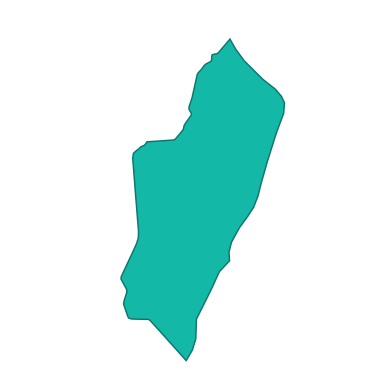 the border of Ghat, rotated 26°
{"feature_id": "LBY-2968", "entity_name": "Ghat", "entity_type": "Municipality", "adm_level": 1, "iso_a3": "LBY", "parent_name": "Libya", "parent_adm1": "", "projection": "equal_earth", "projection_center": [10.299, 26.072], "detail": "fine", "context": "isolated", "style": "filled", "palette": "teal", "viewbox_px": 384, "rotation_deg": 26, "n_neighbors": 0, "source": "natural_earth", "source_scale": "10m", "svg_char_len": 1214}
<svg xmlns="http://www.w3.org/2000/svg" viewBox="0 0 384 384"><g transform="rotate(26 192 192)"><path d="M190.5,333.0L189.3,332.4L180.6,323.8L179.4,322.2L178.6,319.1L177.4,310.8L176.2,308.4L166.3,301.3L165.5,299.0L165.3,286.7L165.1,274.1L164.8,262.5L163.9,256.9L161.4,251.2L151.3,234.1L143.2,220.4L133.2,203.4L124.0,187.8L122.4,182.9L124.1,178.7L125.0,177.3L126.2,173.8L128.5,171.2L129.0,169.9L129.3,168.4L129.4,166.7L152.7,153.3L153.9,151.5L156.7,140.2L156.5,138.4L155.8,135.9L156.0,132.9L157.6,123.5L157.4,122.2L156.3,121.2L153.4,119.2L152.7,118.4L152.0,116.7L150.8,107.5L145.2,84.1L145.3,82.6L145.6,81.2L146.7,77.8L147.6,72.6L148.5,70.7L151.3,67.0L151.9,65.4L151.2,63.5L150.3,61.6L150.0,59.7L151.7,58.3L153.5,57.1L154.6,55.4L159.1,37.9L159.3,38.1L168.7,44.5L181.4,51.2L194.0,55.5L206.7,59.8L222.0,63.1L230.4,66.8L236.1,71.4L239.9,81.1L241.9,101.6L243.7,113.8L246.4,131.8L250.5,154.8L253.0,166.2L254.1,178.6L252.7,189.8L250.3,203.0L249.5,219.9L251.6,229.8L255.9,237.4L251.5,251.7L252.0,269.2L251.9,287.6L251.7,304.3L259.8,322.3L261.6,333.9L260.7,346.1L239.6,337.5L223.8,331.1L211.1,326.0L209.7,325.6L208.2,325.8L200.9,329.2L193.2,332.7L190.5,333.0Z" fill="#14b8a6" stroke="#0f766e" stroke-width="1.5"/></g></svg>